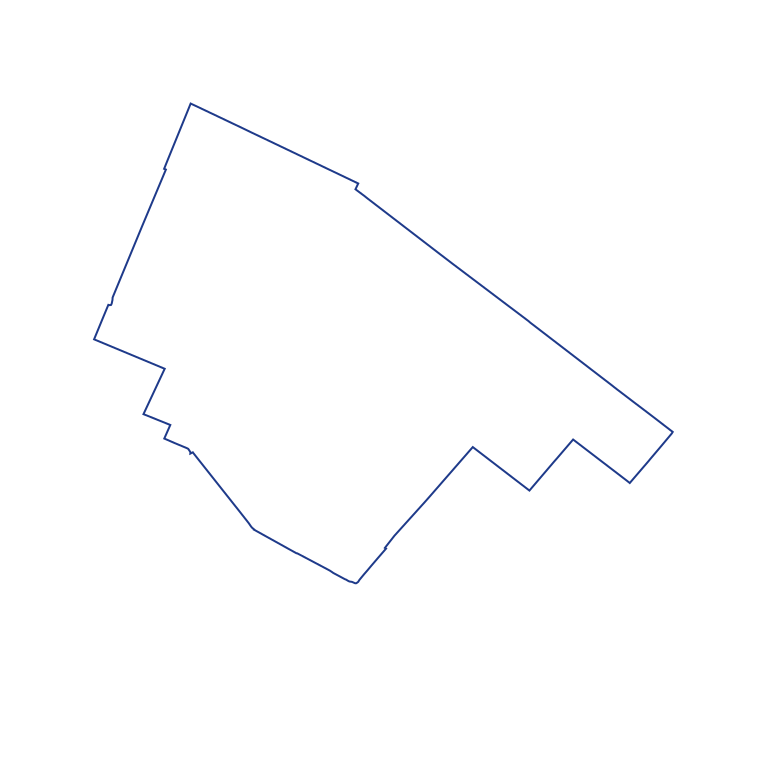 outline of Vadastrita, Olt, Romania, rotated 200°
{"feature_id": "2599482B53428634835124", "entity_name": "Vadastrita", "entity_type": "district", "adm_level": 2, "iso_a3": "ROU", "parent_name": "Romania", "parent_adm1": "Olt", "projection": "natural_earth1", "projection_center": [24.333, 43.838], "detail": "fine", "context": "isolated", "style": "outline", "palette": "blue", "viewbox_px": 768, "rotation_deg": 200, "n_neighbors": 0, "source": "geoboundaries", "source_scale": "gbopen_adm2", "svg_char_len": 1436}
<svg xmlns="http://www.w3.org/2000/svg" viewBox="0 0 768 768"><g transform="rotate(200 384 384)"><path d="M661.6,581.4L661.9,573.0L663.9,520.2L664.2,511.0L663.2,511.0L662.3,510.9L665.3,448.9L668.6,372.5L667.9,370.1L667.4,366.5L667.5,365.0L668.6,364.3L670.1,364.1L670.8,348.4L671.7,326.8L595.3,323.3L599.7,273.4L570.8,272.4L571.8,257.6L560.5,256.9L547.3,256.3L545.8,256.1L544.4,255.1L542.7,253.8L542.4,253.1L542.2,252.4L540.3,254.4L539.9,254.1L481.8,218.3L479.0,216.6L463.4,206.9L460.6,204.9L459.0,203.9L456.0,202.8L456.1,202.6L408.4,195.0L407.6,195.2L373.0,190.4L371.0,190.1L368.1,189.4L367.1,189.1L353.9,187.2L352.6,187.2L350.8,186.8L349.2,186.6L348.3,186.7L347.5,186.9L346.4,187.1L344.6,187.0L343.3,186.9L342.6,187.0L341.8,187.4L341.1,188.5L340.6,189.2L340.1,191.5L339.4,193.5L337.6,198.6L337.4,199.1L335.9,203.0L333.8,208.8L330.2,218.4L325.8,230.0L327.1,230.3L322.3,245.0L305.0,287.7L301.8,295.9L279.0,355.1L210.9,333.6L207.1,343.8L197.6,369.3L196.3,372.6L187.3,396.5L143.1,382.6L122.1,376.0L119.2,375.0L116.7,381.7L109.0,402.1L108.1,404.7L103.1,418.2L96.7,435.8L96.3,437.7L122.8,446.1L143.5,452.5L163.7,458.8L164.8,459.2L166.2,459.6L168.5,460.4L254.6,487.6L267.6,491.7L269.6,492.5L360.9,520.5L368.2,522.8L376.2,525.3L462.6,552.6L465.3,553.5L466.7,554.0L469.1,554.7L477.4,557.2L477.0,561.6L476.8,563.6L582.9,573.9L594.5,575.0L604.2,576.0L614.8,577.0L655.9,580.9L661.6,581.4Z" fill="none" stroke="#1e3a8a" stroke-width="2"/></g></svg>